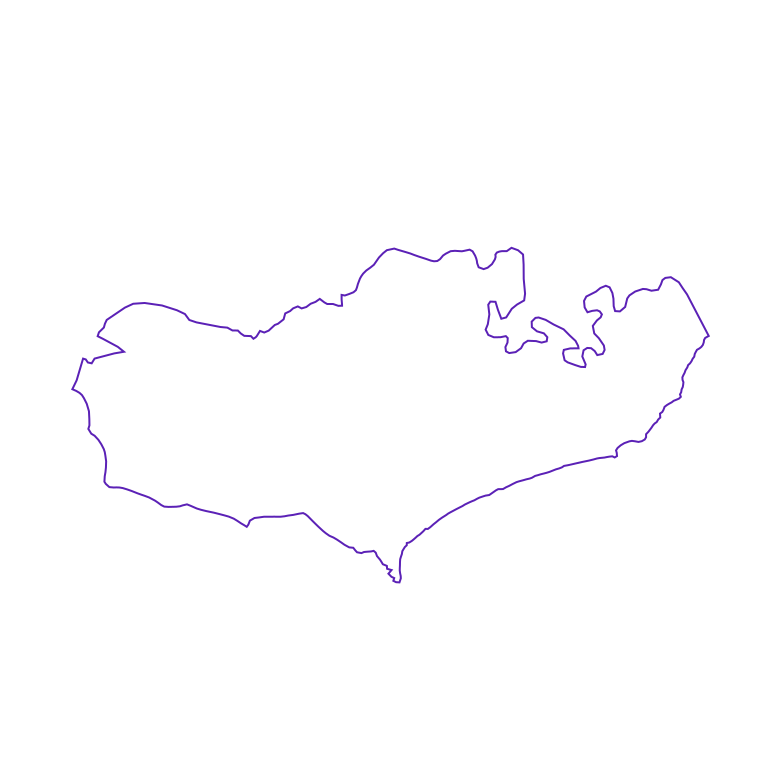 Damnak Chang'aeur, Kep, Cambodia (orthographic projection), rotated 287°
{"feature_id": "14789045B40625138600094", "entity_name": "Damnak Chang'aeur", "entity_type": "district", "adm_level": 2, "iso_a3": "KHM", "parent_name": "Cambodia", "parent_adm1": "Kep", "projection": "orthographic", "projection_center": [104.383, 10.512], "detail": "fine", "context": "isolated", "style": "outline", "palette": "violet", "viewbox_px": 768, "rotation_deg": 287, "n_neighbors": 0, "source": "geoboundaries", "source_scale": "gbopen_adm2", "svg_char_len": 5635}
<svg xmlns="http://www.w3.org/2000/svg" viewBox="0 0 768 768"><g transform="rotate(287 384 384)"><path d="M287.9,87.5L287.4,91.7L286.5,95.4L285.1,98.4L282.7,101.2L278.2,105.5L271.7,109.8L264.2,112.5L258.3,114.4L254.6,114.4L250.9,118.6L249.9,122.4L247.1,127.2L243.7,131.3L239.8,135.1L237.2,136.9L234.0,138.5L228.8,140.9L225.8,141.7L222.8,142.5L218.2,143.4L214.2,143.9L208.8,145.2L207.1,147.2L205.1,151.5L206.0,155.8L206.9,158.4L207.7,161.4L208.1,164.7L208.1,169.2L207.9,174.1L207.4,180.2L207.2,184.3L207.1,187.8L206.8,192.6L205.5,199.2L204.5,202.4L203.1,206.4L202.5,209.7L203.5,214.0L204.6,217.3L205.9,221.2L207.4,224.6L209.1,227.0L211.3,230.8L211.0,234.5L210.2,241.4L210.2,245.7L210.5,251.1L211.2,258.8L211.5,264.8L211.7,269.7L211.8,274.3L211.3,279.7L210.2,283.9L208.9,288.2L208.2,291.2L207.3,294.5L209.9,295.4L214.1,295.7L218.0,299.3L219.8,303.4L222.0,308.1L223.5,313.0L225.1,318.1L226.7,323.6L228.4,327.5L230.2,330.9L232.3,335.5L235.2,340.8L236.9,344.4L236.5,346.9L235.4,349.7L232.2,355.6L230.3,359.2L228.4,362.9L225.7,368.5L224.3,371.9L222.9,376.2L222.4,380.6L221.4,384.7L220.0,389.3L218.7,393.2L217.6,398.5L218.4,402.5L216.5,405.2L215.2,407.4L215.7,411.9L217.5,414.0L218.8,417.2L220.1,420.6L221.4,422.9L220.3,425.4L217.4,427.6L214.9,431.5L213.3,433.4L211.3,435.6L210.9,439.9L208.2,441.0L208.3,445.6L203.9,443.7L201.8,447.5L201.4,450.5L198.5,450.5L198.0,453.5L198.8,456.8L203.1,456.9L205.3,456.1L207.6,454.8L210.2,453.6L212.7,452.9L215.1,452.3L218.6,451.3L221.2,450.7L224.0,450.7L226.6,450.8L229.5,450.4L231.9,451.0L234.2,451.6L236.4,452.9L238.6,452.3L239.8,454.5L242.1,456.5L244.2,457.9L246.3,459.2L248.4,460.4L250.2,462.0L252.7,463.5L254.8,464.7L257.6,466.0L258.2,468.3L260.6,470.1L264.4,472.4L267.0,474.2L270.1,476.2L273.2,478.6L276.9,481.8L278.8,483.2L280.6,484.9L282.9,487.2L285.6,489.9L288.3,492.7L290.2,494.7L292.4,496.6L295.9,500.4L297.7,502.5L299.2,504.4L301.6,506.7L303.2,508.4L305.7,511.9L307.0,513.8L308.6,517.1L311.0,519.0L315.1,522.2L316.8,523.9L318.3,528.5L321.0,531.0L323.1,533.4L325.9,536.2L328.9,539.4L330.4,541.6L332.7,545.3L334.4,547.9L336.2,551.0L337.6,552.9L340.3,555.4L341.8,557.8L343.5,560.3L345.3,563.3L346.6,565.4L348.3,567.9L352.6,573.3L354.5,576.2L356.3,578.5L358.3,580.1L360.2,583.8L367.2,596.0L370.7,602.4L373.2,606.6L375.0,609.4L376.1,611.5L378.1,616.3L379.3,618.5L380.5,620.9L381.6,623.5L381.2,626.1L383.2,627.9L386.2,626.7L388.4,625.3L391.2,626.1L394.6,628.3L397.7,631.1L400.9,635.4L402.1,637.7L402.6,640.7L403.0,644.3L404.7,647.3L407.2,649.6L409.7,650.2L412.6,649.3L415.6,650.8L420.2,652.5L423.3,653.4L425.4,654.4L427.3,655.9L430.2,656.6L432.7,658.0L436.4,656.6L438.6,658.3L440.9,658.8L444.2,659.0L446.7,660.8L448.8,662.7L450.6,664.5L452.6,665.9L454.2,667.9L456.2,670.3L458.5,671.6L460.6,670.1L463.0,670.6L465.8,670.2L468.5,670.6L470.8,670.3L473.3,669.8L475.2,668.3L477.6,667.4L480.0,667.7L482.6,668.2L485.3,668.3L488.5,669.2L491.0,669.3L493.2,670.6L495.7,671.4L498.4,671.8L500.8,672.7L503.6,672.4L505.9,672.8L508.2,673.3L510.2,675.2L512.2,676.6L514.6,677.5L517.3,677.6L519.7,677.2L522.0,677.7L524.9,680.5L558.3,647.6L563.0,641.6L567.5,636.2L570.0,627.1L567.7,622.0L564.8,619.9L560.2,619.7L554.3,618.6L551.4,612.5L551.4,607.3L550.6,603.8L545.9,597.2L540.5,592.8L536.9,591.6L528.2,592.1L522.4,588.4L521.3,583.7L525.6,580.9L532.6,578.5L537.8,575.8L542.4,571.5L542.8,567.4L539.1,562.9L534.3,559.7L526.8,551.9L521.9,551.0L515.9,553.5L512.1,557.6L514.8,561.7L516.8,566.2L516.5,569.1L514.3,572.0L511.1,571.7L507.0,569.0L500.6,566.7L493.8,570.3L490.6,576.1L485.1,583.0L481.1,585.0L476.7,584.3L474.0,579.5L477.1,575.9L478.8,571.6L477.9,567.8L474.6,565.0L468.3,565.6L461.7,571.1L459.0,571.3L457.9,567.2L458.0,561.3L458.4,553.3L459.5,549.8L465.6,546.3L469.2,546.0L472.5,551.7L475.0,559.6L477.2,558.5L481.2,554.6L484.6,547.6L488.8,539.8L490.5,528.8L492.6,519.9L492.8,512.4L491.5,509.5L486.8,507.0L481.6,508.8L479.1,514.9L479.2,522.1L476.5,526.5L472.4,527.1L469.7,522.6L469.5,516.9L467.4,508.9L463.6,505.7L458.3,504.6L453.0,500.6L450.2,494.7L450.9,491.1L454.8,489.3L459.7,490.0L464.1,488.9L465.4,486.5L462.8,481.7L460.8,475.4L461.4,469.4L463.1,467.8L465.7,465.3L471.5,465.8L481.3,464.4L490.3,460.5L493.9,461.6L495.2,466.6L488.2,471.3L480.7,477.1L483.4,481.4L493.3,484.2L498.9,488.0L504.9,493.6L511.6,492.5L525.3,486.9L539.0,482.6L548.5,479.1L551.1,473.1L551.5,466.1L547.0,462.6L545.4,457.6L544.3,455.5L542.7,453.5L540.3,452.7L538.1,453.6L535.6,453.6L532.5,452.8L530.2,452.2L525.5,449.1L523.0,445.7L523.3,440.4L526.7,437.8L528.9,436.8L531.0,435.5L533.4,433.6L536.8,429.9L537.5,426.6L534.8,421.8L533.7,419.7L532.7,415.5L532.1,412.9L530.5,408.9L526.7,405.0L524.1,402.9L519.8,401.1L517.2,399.0L516.0,396.0L515.7,392.9L515.9,387.8L516.0,380.4L516.2,375.2L516.5,371.1L516.5,366.0L516.4,358.2L516.5,354.2L512.8,347.6L508.8,344.9L503.5,342.2L495.1,339.5L491.3,336.9L487.4,333.9L483.5,331.8L480.5,330.8L477.8,330.2L472.0,329.8L468.4,329.9L465.5,329.7L462.8,328.0L459.9,324.4L457.2,320.7L456.8,317.4L452.3,318.8L448.1,320.5L446.6,321.0L445.4,317.5L445.6,311.8L443.9,306.3L444.6,303.1L446.6,297.7L442.5,294.5L439.3,290.4L434.9,287.2L432.2,283.1L433.0,278.9L429.8,275.0L426.3,272.9L422.6,268.9L416.5,269.1L410.6,265.0L408.5,262.3L401.3,258.1L398.2,254.4L398.5,249.9L392.5,248.3L391.1,247.6L389.1,245.9L390.9,242.7L389.2,236.3L390.4,232.4L392.4,228.6L390.9,223.4L392.1,217.7L390.7,211.0L388.1,186.7L388.3,179.1L392.7,173.2L394.0,164.4L394.2,148.8L391.5,131.4L387.4,120.7L381.3,113.9L364.2,100.1L360.0,99.5L356.1,99.6L350.1,96.3L346.0,96.2L345.0,102.1L341.7,118.6L338.8,125.9L334.4,117.1L323.7,99.8L318.3,98.4L318.0,94.5L320.3,91.6L320.3,88.8L297.7,89.0L287.9,87.5Z" fill="none" stroke="#5b21b6" stroke-width="2"/></g></svg>